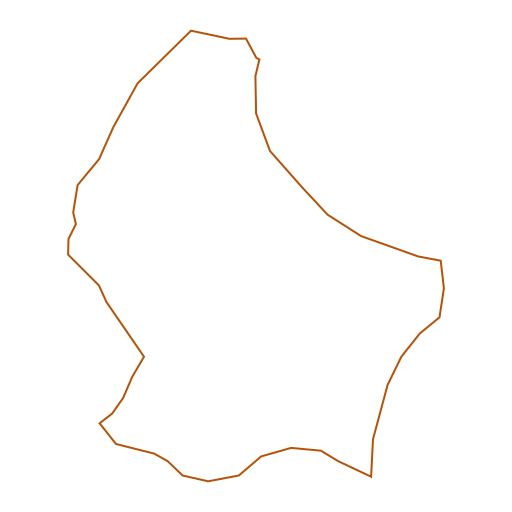 the border of Luxembourg
{"feature_id": "LUX", "entity_name": "Luxembourg", "entity_type": "country or territory", "adm_level": 0, "iso_a3": "LUX", "parent_name": "Europe", "parent_adm1": "", "projection": "natural_earth1", "projection_center": [6.062, 49.806], "detail": "fine", "context": "isolated", "style": "outline", "palette": "amber", "viewbox_px": 512, "rotation_deg": 0, "n_neighbors": 0, "source": "natural_earth", "source_scale": "50m", "svg_char_len": 663}
<svg xmlns="http://www.w3.org/2000/svg" viewBox="0 0 512 512"><path d="M259.4,59.5L255.4,76.2L256.1,113.5L270.0,151.0L302.6,187.9L327.6,214.7L361.1,236.1L418.0,256.4L440.7,260.7L443.9,288.2L439.5,317.3L419.9,333.4L401.4,356.6L387.6,384.9L373.0,439.2L371.1,476.7L338.2,461.2L321.0,450.7L291.1,447.9L261.2,456.4L238.8,475.5L208.1,481.3L182.6,475.5L167.7,461.2L154.2,453.6L116.0,444.0L99.6,423.3L112.2,413.5L123.0,398.2L132.3,376.7L144.0,356.7L106.5,302.1L98.9,285.4L68.1,254.6L68.5,238.9L75.9,224.1L73.2,212.6L77.6,185.1L99.1,159.1L113.4,127.0L137.6,83.3L191.0,30.7L229.3,38.8L246.0,38.6L256.3,57.8L259.4,59.5Z" fill="none" stroke="#b45309" stroke-width="2"/></svg>